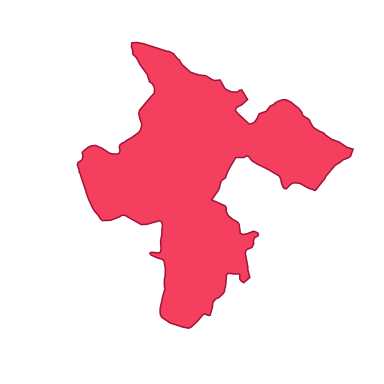 the district of Cuilapa, Santa Rosa, Guatemala, rotated 298°
{"feature_id": "79465075B18848858610216", "entity_name": "Cuilapa", "entity_type": "district", "adm_level": 2, "iso_a3": "GTM", "parent_name": "Guatemala", "parent_adm1": "Santa Rosa", "projection": "natural_earth1", "projection_center": [-90.29, 14.248], "detail": "fine", "context": "isolated", "style": "filled", "palette": "rose", "viewbox_px": 384, "rotation_deg": 298, "n_neighbors": 0, "source": "geoboundaries", "source_scale": "gbopen_adm2", "svg_char_len": 3447}
<svg xmlns="http://www.w3.org/2000/svg" viewBox="0 0 384 384"><g transform="rotate(298 192 192)"><path d="M70.2,253.1L72.8,254.9L81.2,257.7L88.6,259.2L90.1,260.2L90.4,260.9L90.7,264.6L91.8,265.9L101.1,263.8L101.5,263.3L104.5,262.3L108.8,263.2L111.6,265.4L117.3,267.3L120.1,267.3L121.2,266.4L123.9,266.1L128.4,264.3L135.0,261.4L136.5,261.6L137.8,263.4L138.2,264.5L138.9,266.4L139.8,268.6L140.6,269.9L141.1,270.9L141.6,271.8L141.7,272.9L137.6,275.0L136.4,277.3L136.2,280.3L143.7,283.2L149.8,277.6L151.9,276.6L161.0,269.4L161.9,268.7L162.6,268.2L163.5,267.7L164.3,267.3L165.2,267.1L166.2,267.2L167.0,267.5L171.3,271.0L175.4,270.8L177.3,269.3L180.0,268.8L181.6,269.0L184.2,270.9L185.5,270.7L186.8,269.1L186.4,264.9L183.0,261.9L180.8,260.0L178.9,257.5L178.3,256.6L178.3,253.9L181.1,252.1L185.6,248.7L186.8,246.7L187.1,240.1L188.4,234.5L190.1,232.6L191.1,231.3L194.0,229.8L195.3,228.0L194.3,213.0L205.7,214.5L209.4,214.2L211.9,213.2L215.9,212.7L220.1,214.9L226.1,214.0L233.2,214.0L243.0,214.5L246.7,221.5L249.8,223.4L249.9,225.4L249.0,227.2L247.7,230.3L247.3,236.4L247.7,249.2L247.0,261.6L244.9,264.6L242.6,266.1L239.7,269.3L238.7,270.8L238.5,272.4L239.1,273.7L244.9,275.5L247.4,276.9L248.1,278.1L250.2,282.7L250.1,294.0L250.9,296.9L250.8,299.2L251.4,300.2L265.6,302.9L268.6,302.8L282.9,305.9L286.9,308.4L291.3,310.3L295.7,314.1L298.1,315.2L305.4,314.1L304.2,307.7L305.2,298.5L304.1,290.6L304.9,283.3L305.9,281.0L305.5,274.8L305.9,270.2L306.4,267.9L307.4,266.4L309.6,263.1L310.3,262.3L311.1,260.6L311.4,254.8L312.2,253.2L314.0,251.4L315.8,247.4L317.9,236.6L317.5,231.2L315.8,228.5L312.7,225.5L309.3,223.4L307.9,223.3L304.6,220.7L298.2,219.7L292.7,214.6L286.6,214.9L282.6,214.1L281.1,213.2L279.3,211.4L279.0,210.0L281.2,201.9L283.0,195.1L284.0,192.9L284.6,191.9L285.2,191.6L286.0,191.6L287.1,191.7L289.3,192.8L292.4,195.1L299.8,197.7L305.5,187.9L303.7,185.8L302.4,185.7L301.3,184.7L298.9,179.7L298.6,173.8L299.2,171.8L304.1,164.3L301.0,159.5L300.7,157.3L301.1,149.1L300.4,147.9L298.4,142.5L297.1,134.5L299.6,124.2L301.2,120.6L302.7,119.0L302.8,116.8L304.5,112.8L305.5,110.8L305.3,105.7L304.4,103.3L300.1,79.2L298.1,73.0L295.4,68.8L291.9,70.3L289.7,72.6L285.8,75.2L284.6,79.7L282.4,83.0L280.0,86.4L274.8,97.2L269.3,102.8L269.1,105.9L266.6,109.8L261.8,112.2L255.4,110.7L239.6,107.3L236.0,108.3L231.5,112.2L229.2,115.0L226.9,116.4L222.6,117.4L219.3,116.9L212.0,113.3L209.2,111.6L206.6,109.9L204.7,109.3L202.3,107.3L199.9,106.3L197.8,106.5L194.5,109.1L192.2,109.6L190.2,108.0L189.9,107.2L188.8,104.8L188.2,103.9L187.6,100.5L188.4,92.1L187.8,84.8L185.7,81.7L183.3,79.5L180.8,78.5L176.7,76.7L174.9,76.7L173.2,78.5L170.1,79.7L168.0,79.5L164.9,77.6L162.8,77.7L161.5,78.7L157.8,82.6L156.5,83.0L156.2,84.0L148.5,92.0L146.1,94.5L145.4,95.4L140.7,100.0L136.4,104.8L136.0,105.5L133.6,108.7L132.9,109.5L130.7,112.5L129.0,115.8L127.8,119.0L127.5,120.1L125.4,123.4L124.7,126.3L127.9,131.9L128.9,133.5L135.7,139.4L138.7,141.2L139.9,143.5L139.4,162.5L142.4,167.5L144.2,169.3L151.3,176.8L151.4,178.5L151.0,179.4L149.8,180.6L148.8,181.6L144.6,183.1L141.4,184.9L134.7,187.1L133.3,187.6L127.3,191.4L123.7,192.3L122.8,191.4L122.4,190.8L121.5,188.5L119.8,184.6L119.1,183.9L118.5,183.6L117.6,184.0L117.3,184.7L117.1,185.9L117.6,192.6L118.6,197.6L117.7,199.9L111.9,204.4L104.5,208.0L101.9,208.6L95.7,211.9L94.1,213.5L87.6,214.8L83.5,215.9L74.0,218.6L70.7,220.4L69.0,221.5L67.1,224.2L66.1,234.4L68.4,247.2L70.2,253.1Z" fill="#f43f5e" stroke="#9f1239" stroke-width="1.5"/></g></svg>